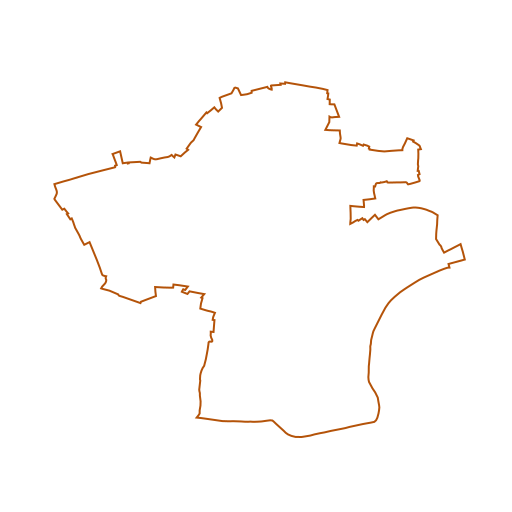 outline of Kim Dong, Hưng Yên, Vietnam, rotated 276°
{"feature_id": "81297802B31840185218616", "entity_name": "Kim Dong", "entity_type": "district", "adm_level": 2, "iso_a3": "VNM", "parent_name": "Vietnam", "parent_adm1": "Hưng Yên", "projection": "robinson", "projection_center": [106.041, 20.745], "detail": "fine", "context": "isolated", "style": "outline", "palette": "amber", "viewbox_px": 512, "rotation_deg": 276, "n_neighbors": 0, "source": "geoboundaries", "source_scale": "gbopen_adm2", "svg_char_len": 6075}
<svg xmlns="http://www.w3.org/2000/svg" viewBox="0 0 512 512"><g transform="rotate(276 256 256)"><path d="M273.1,67.5L274.1,68.8L272.3,69.8L270.4,70.8L268.1,71.8L266.5,72.6L265.3,73.1L264.3,73.8L259.2,77.4L257.5,78.5L256.3,79.1L254.5,80.2L251.1,82.6L249.2,84.0L252.4,89.0L235.3,98.2L228.0,101.9L222.5,104.4L221.2,105.1L220.8,105.7L220.6,106.2L220.3,107.7L220.2,109.1L219.0,108.8L218.3,108.8L217.6,109.0L217.0,109.4L216.4,109.6L215.6,109.6L215.0,109.5L214.1,109.3L213.0,108.8L211.9,108.0L209.5,106.2L207.6,105.4L207.2,107.3L206.2,113.9L203.4,123.0L202.8,123.3L202.4,123.7L202.1,124.3L201.4,128.0L198.4,140.6L197.1,146.0L198.5,146.4L201.0,151.3L203.5,156.3L205.7,160.7L209.9,159.7L214.6,158.9L215.0,167.3L215.6,174.9L215.9,176.9L219.0,176.9L218.9,182.6L218.5,191.4L214.8,189.1L215.3,187.1L214.4,186.7L213.0,186.1L212.7,186.0L211.9,188.8L211.1,191.8L213.9,193.6L213.1,202.6L212.7,208.5L208.9,205.9L208.5,207.2L204.9,206.6L203.3,206.3L201.3,206.2L197.9,206.1L197.6,207.5L196.7,212.2L196.4,214.1L196.1,216.8L195.7,218.9L195.2,221.1L192.9,220.4L190.8,219.8L188.0,219.6L187.9,221.4L186.9,221.4L176.0,221.7L176.0,218.9L174.4,219.1L172.2,219.2L170.0,220.0L168.1,221.2L167.1,221.4L166.7,221.4L166.2,221.0L166.1,220.6L166.1,220.0L166.1,219.3L166.0,218.6L165.6,218.2L165.1,217.9L163.6,217.9L158.0,217.7L152.7,217.3L148.0,216.9L141.3,215.9L139.1,214.7L136.4,213.8L133.4,213.2L131.5,213.0L129.0,213.1L127.4,213.2L126.3,213.6L117.3,213.5L115.8,213.8L113.8,214.5L111.2,214.8L105.6,216.1L101.4,216.4L96.6,216.1L93.4,216.4L91.6,215.5L89.1,213.9L89.1,218.1L88.9,224.2L88.7,229.5L88.3,239.8L88.7,245.2L89.0,247.9L89.4,251.5L89.9,258.5L90.0,261.8L90.3,265.4L90.7,267.7L90.8,270.7L91.3,274.4L92.0,278.7L93.3,283.9L94.1,287.3L94.1,289.5L93.2,290.9L91.1,293.6L85.1,301.8L83.3,304.0L81.9,306.5L80.8,310.0L80.2,314.2L80.5,317.4L80.7,320.0L81.3,322.3L83.1,328.8L84.7,332.8L86.5,338.3L87.7,342.5L89.9,348.8L93.1,359.3L94.2,362.8L95.8,366.9L100.0,379.7L101.2,383.8L102.2,387.3L103.4,391.0L105.2,392.6L107.9,393.6L112.3,394.3L115.3,394.5L118.3,394.5L120.5,394.0L124.2,392.9L127.9,391.9L132.8,388.8L136.5,385.7L142.5,381.6L144.6,380.9L147.3,380.4L151.8,380.3L158.1,379.7L161.0,379.7L165.8,379.6L169.9,379.6L174.8,379.5L178.2,379.1L180.6,379.4L184.5,379.3L189.5,380.0L191.1,380.2L193.4,380.6L196.5,381.7L204.7,384.8L210.8,387.1L218.1,390.1L222.9,392.7L226.1,394.9L229.8,398.1L235.0,403.1L238.2,406.8L240.6,409.7L246.3,416.9L249.3,420.8L252.0,425.0L254.2,428.8L260.7,440.1L262.8,444.2L264.1,447.0L264.5,448.2L264.7,449.6L268.2,448.3L274.3,464.0L277.6,462.8L281.9,461.2L285.0,459.9L289.2,458.2L288.3,456.9L285.5,452.6L283.1,449.0L281.7,446.7L279.0,442.7L281.5,440.9L283.2,439.8L284.7,439.2L285.7,438.4L286.5,437.3L291.7,433.3L296.9,432.9L300.4,432.8L306.4,432.8L310.9,432.5L315.5,432.4L316.9,429.4L317.9,427.3L318.4,425.9L319.0,423.5L319.8,420.8L320.1,419.3L320.7,415.6L320.9,413.0L320.9,411.1L320.9,410.0L320.7,407.7L320.3,405.9L319.3,402.3L318.5,399.7L316.8,394.5L316.0,391.9L315.1,389.7L313.1,385.2L311.3,381.9L310.2,380.3L308.2,377.7L305.3,373.9L309.4,370.0L306.0,367.1L301.3,363.2L304.0,360.4L303.1,359.2L304.7,357.8L301.8,354.2L302.5,353.2L301.2,351.1L299.5,349.0L297.8,346.4L299.4,346.3L302.8,346.3L308.7,345.6L312.8,345.0L315.7,344.6L315.7,348.1L315.8,353.6L316.0,358.3L317.3,358.2L323.0,357.1L324.3,363.1L325.7,368.6L328.7,367.6L331.0,366.8L333.4,366.2L335.0,366.1L336.6,366.0L337.6,365.9L337.6,367.2L339.8,367.6L340.4,367.8L340.8,368.1L341.2,368.8L341.5,371.2L341.6,371.6L342.0,371.9L342.3,372.2L342.2,373.3L342.5,374.2L342.9,375.6L343.7,377.6L344.0,378.0L344.0,378.3L343.8,378.5L343.6,378.6L342.9,379.1L342.9,380.4L343.2,382.9L343.8,387.5L344.4,392.7L345.0,396.9L345.0,397.5L344.8,398.1L344.4,398.6L343.2,399.6L343.2,399.9L343.9,402.0L345.7,406.5L347.4,410.5L347.6,410.8L347.9,410.9L348.5,410.8L352.2,408.9L352.8,408.8L353.5,408.6L354.5,410.1L357.7,408.9L357.6,407.9L362.2,408.0L364.2,407.4L368.2,407.2L370.0,407.2L374.7,406.8L378.8,406.2L379.5,408.8L381.6,407.7L382.2,407.5L382.9,406.9L383.2,406.5L385.1,402.9L386.2,400.3L387.4,400.7L388.3,396.9L388.9,394.1L383.5,392.3L379.7,390.8L377.7,390.4L376.5,390.5L376.0,386.8L374.8,380.0L373.4,372.7L373.3,366.7L373.7,358.0L374.2,358.0L374.6,357.0L376.6,357.2L377.4,355.0L378.1,351.4L376.8,350.9L377.9,347.4L378.5,344.8L376.3,344.6L376.3,339.1L376.9,329.1L377.1,327.2L381.5,327.9L382.9,327.7L386.6,326.7L389.6,326.2L389.1,320.1L388.8,315.7L388.7,311.8L396.8,314.9L402.3,314.5L401.8,315.6L401.8,317.2L402.4,319.8L403.1,324.1L415.0,318.1L414.7,314.6L414.7,313.4L419.3,313.0L419.6,310.7L422.6,310.9L425.2,310.9L425.3,309.8L428.5,309.8L429.2,304.8L429.8,298.0L430.1,291.4L430.6,284.7L431.4,272.1L431.7,268.0L431.8,266.9L430.3,266.9L430.1,262.2L428.8,262.6L427.2,253.4L427.0,253.1L426.3,253.2L425.8,253.4L425.0,253.8L424.2,254.1L423.6,254.2L423.1,254.2L423.3,252.9L423.9,251.1L424.3,250.5L424.7,250.0L425.4,249.6L424.9,248.3L423.8,245.3L419.8,234.4L417.9,234.6L416.0,230.3L414.9,226.1L414.5,224.3L420.8,220.5L421.3,217.7L420.8,216.9L418.8,216.2L415.2,214.6L410.9,205.7L409.9,204.0L409.4,203.3L404.3,205.3L399.8,206.7L395.7,203.3L397.6,200.9L399.5,199.0L396.1,195.8L393.9,193.5L392.9,192.5L393.6,191.7L392.6,191.0L386.3,186.7L384.4,185.3L380.4,182.7L378.5,187.9L373.0,185.4L366.6,182.6L364.6,181.8L362.0,179.5L360.3,178.5L355.5,175.8L354.5,177.4L351.6,174.5L347.3,170.7L348.5,165.3L345.5,164.5L346.5,163.0L347.7,161.5L346.4,160.0L345.7,158.9L345.2,157.8L344.4,154.7L343.2,151.0L341.9,147.3L341.6,145.7L341.7,144.6L342.1,143.1L342.7,141.7L342.9,141.0L340.4,140.7L337.1,140.4L337.1,138.7L337.0,135.5L336.9,132.3L337.6,131.1L337.0,127.5L335.9,120.6L335.7,119.6L334.9,119.7L334.6,118.8L335.5,118.5L334.3,113.8L345.9,109.9L342.4,102.7L341.6,103.2L336.5,105.7L334.8,106.6L331.9,108.0L331.1,106.4L330.1,106.7L329.8,106.7L329.5,106.5L327.4,100.8L325.5,95.6L322.0,86.2L320.0,80.8L316.1,71.5L312.0,61.8L310.1,56.9L306.4,48.0L303.9,49.0L301.4,50.3L299.8,51.0L298.7,51.3L297.1,51.3L294.9,50.6L291.8,49.5L291.1,49.9L288.6,52.2L284.5,56.0L281.8,58.5L283.0,60.4L280.0,63.3L278.7,64.7L277.9,63.5L275.5,65.5L273.1,67.5Z" fill="none" stroke="#b45309" stroke-width="2"/></g></svg>